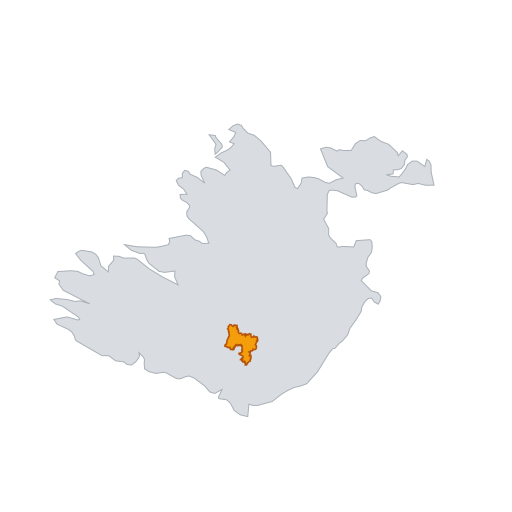 Castlecomer Lea-6, Kilkenny, Ireland shown in context, rotated 46°
{"feature_id": "5873133B64283034933999", "entity_name": "Castlecomer Lea-6", "entity_type": "district", "adm_level": 2, "iso_a3": "IRL", "parent_name": "Ireland", "parent_adm1": "Kilkenny", "projection": "mercator", "projection_center": [-7.296, 52.74], "detail": "fine", "context": "in_parent", "style": "filled", "palette": "amber", "viewbox_px": 512, "rotation_deg": 46, "n_neighbors": 0, "source": "geoboundaries", "source_scale": "gbopen_adm2", "svg_char_len": 9094}
<svg xmlns="http://www.w3.org/2000/svg" viewBox="0 0 512 512"><g transform="rotate(46 256 256)"><path d="M313.7,93.5L304.5,100.1L303.0,102.6L300.4,112.5L300.1,115.4L294.4,126.4L291.1,128.6L286.2,130.4L283.5,132.2L280.0,131.3L275.6,131.5L273.4,133.4L273.5,134.9L274.8,136.7L282.9,141.7L282.5,143.8L280.2,146.2L265.6,152.1L261.2,155.7L259.7,158.0L261.3,162.0L272.9,173.7L274.9,175.0L276.6,181.8L286.9,184.7L291.1,189.0L294.7,190.0L302.6,189.6L305.7,191.2L307.5,190.0L308.6,187.7L317.4,179.4L314.6,173.2L323.5,162.6L326.0,162.7L330.2,166.0L333.6,170.5L334.7,176.5L337.9,181.9L340.0,183.8L345.7,184.9L347.0,187.0L346.0,194.8L346.8,197.4L361.2,197.2L367.0,193.8L372.0,194.4L374.5,197.9L375.6,201.5L371.3,202.9L366.8,202.1L364.6,204.5L364.4,209.1L366.0,214.9L369.0,219.0L371.4,228.4L373.3,238.7L376.4,244.9L377.1,252.6L376.6,256.4L377.2,263.2L375.9,265.6L376.8,271.9L382.1,292.4L383.1,308.3L380.5,314.2L377.1,319.8L374.8,326.5L373.1,333.7L372.0,345.2L364.6,358.7L361.4,362.0L357.7,364.1L365.8,373.5L359.2,377.7L352.0,379.0L344.1,376.7L339.1,377.0L332.8,381.8L331.4,380.9L328.4,373.2L326.2,381.2L321.7,383.7L313.8,383.2L300.7,385.3L295.7,387.6L293.6,391.1L292.1,395.2L290.0,397.6L287.7,398.8L277.6,401.8L275.6,403.0L270.9,409.6L264.8,413.4L259.7,414.5L255.2,410.7L253.3,408.4L251.3,407.3L244.3,407.4L246.5,408.6L247.9,411.3L248.6,416.5L247.8,421.5L244.4,424.1L240.3,424.6L233.9,429.8L225.4,431.2L220.8,436.0L192.6,444.1L191.0,444.2L187.1,442.2L182.9,441.3L178.7,441.9L166.9,446.4L161.2,445.5L168.5,434.3L178.3,428.6L179.3,427.0L176.1,426.2L157.5,430.2L151.1,433.6L144.6,434.5L147.6,429.4L155.9,422.3L163.1,417.7L166.2,413.5L175.0,408.8L146.7,418.5L139.3,417.3L137.5,414.6L131.8,415.9L129.6,409.3L138.1,399.3L143.1,395.0L149.1,392.7L154.8,389.4L156.9,385.3L154.2,384.0L137.1,385.0L128.9,384.1L129.3,380.9L130.9,377.3L139.3,371.1L143.9,370.1L148.0,370.7L155.3,374.4L164.9,373.2L160.9,369.2L160.2,361.2L157.1,358.5L161.0,354.8L165.6,352.6L173.1,344.8L175.7,343.7L190.6,341.8L206.6,337.7L222.5,332.1L214.4,329.0L210.5,324.8L204.2,333.2L199.7,336.4L186.9,338.1L182.9,337.2L177.2,334.6L175.4,335.6L173.8,337.6L165.4,341.7L156.5,342.7L166.8,335.1L179.9,322.3L182.8,318.3L187.0,311.2L185.7,308.1L183.0,306.3L192.5,291.7L195.8,289.1L201.9,288.7L206.3,286.4L208.3,286.3L210.1,285.5L214.0,281.1L207.9,278.3L201.7,276.9L182.5,278.4L179.9,278.1L177.6,276.7L176.0,274.8L174.8,269.8L173.4,268.7L169.1,268.7L164.8,270.2L161.8,270.1L158.9,267.9L163.6,262.8L157.5,261.6L151.4,262.6L146.3,261.0L146.2,257.8L148.5,254.6L145.4,251.6L144.8,247.8L148.0,245.9L151.6,246.5L158.7,243.6L167.9,242.3L160.0,239.5L156.9,237.0L156.7,233.4L157.4,230.2L166.5,224.8L176.2,222.5L175.5,219.0L176.2,215.1L166.3,214.0L156.6,216.7L157.7,209.4L160.0,202.8L160.5,198.5L160.0,193.8L155.5,195.8L154.9,189.2L153.0,184.7L146.2,187.8L146.4,181.8L148.3,177.6L151.9,175.8L155.4,176.6L161.9,176.5L168.1,173.4L177.1,172.5L191.5,173.5L201.4,182.4L204.0,180.8L207.9,175.2L209.8,174.6L224.7,177.0L233.9,180.3L236.4,179.3L235.0,173.0L231.9,168.7L235.9,163.0L240.7,159.2L244.0,157.3L251.5,154.9L254.7,152.6L256.9,145.3L260.4,139.2L241.6,142.4L223.7,135.2L226.5,130.0L230.3,127.1L236.8,124.9L237.4,122.2L240.7,120.0L246.2,114.1L244.2,106.4L245.3,100.8L249.2,97.2L250.4,91.9L252.2,88.0L260.1,86.6L267.8,83.0L279.6,82.5L282.7,84.0L282.0,77.6L287.6,76.8L289.7,78.0L290.7,82.6L293.2,85.4L294.0,90.5L292.3,94.3L289.5,97.3L292.1,100.4L288.1,105.8L292.4,103.5L298.6,98.1L298.2,93.7L297.2,88.2L295.5,83.2L296.3,77.6L299.7,74.2L308.9,72.4L305.1,66.1L308.4,65.6L312.1,66.9L317.4,71.8L328.7,78.7L323.1,84.7L316.4,89.0L313.7,93.5ZM154.7,211.8L154.4,214.7L150.1,211.1L148.0,207.2L136.2,205.5L141.1,201.6L143.5,202.7L151.8,202.9L154.2,204.5L154.7,211.8Z" fill="#d9dde1" stroke="#a8b0b8" stroke-width="1"/><path d="M287.4,324.8L288.3,325.7L288.8,326.8L288.7,326.9L288.7,327.1L289.9,326.9L290.6,327.7L290.8,327.8L291.0,328.1L291.3,328.3L291.8,328.2L291.8,328.5L292.2,328.9L292.6,329.1L292.8,328.9L293.2,329.3L293.7,329.6L293.8,329.9L294.2,329.9L294.5,330.1L294.6,330.3L294.6,330.6L294.9,330.8L295.1,331.0L295.3,331.8L295.1,332.0L295.5,332.7L295.7,332.8L295.7,333.2L296.1,333.8L296.2,334.1L296.1,334.5L296.6,335.2L296.7,335.7L297.1,336.1L297.2,336.4L297.3,336.5L297.9,337.1L298.0,337.3L298.3,337.5L298.6,337.9L298.5,338.0L298.7,338.3L298.8,338.4L298.7,338.6L298.8,338.7L298.7,339.0L298.4,339.4L298.4,339.7L298.5,340.0L298.7,340.5L299.4,341.1L299.9,340.7L300.0,340.6L299.9,340.5L299.9,340.4L300.0,340.3L300.8,340.2L301.1,339.9L301.5,339.9L301.9,340.1L302.3,339.9L302.5,339.5L302.8,339.3L302.8,339.1L303.0,338.9L303.1,339.0L303.0,338.8L303.4,338.4L303.5,338.2L304.0,338.3L304.1,338.6L304.4,338.9L304.6,339.0L305.0,338.9L305.2,339.2L305.5,339.3L305.9,338.6L306.4,338.3L306.7,338.4L306.9,338.3L306.9,338.1L307.1,338.0L306.8,337.7L307.1,337.5L307.4,337.0L307.8,336.9L307.9,336.7L307.8,336.4L307.5,336.5L307.3,336.2L306.4,336.2L306.3,335.9L306.5,335.7L306.3,335.5L306.2,335.3L306.6,335.1L306.3,334.8L306.3,334.6L306.5,334.6L306.4,334.2L306.8,334.0L306.6,333.8L306.3,333.2L305.9,333.0L305.9,332.8L306.2,332.9L306.1,332.1L305.9,331.9L305.9,331.7L306.5,331.7L306.8,331.4L307.0,331.4L307.0,331.6L307.5,331.9L307.6,331.5L307.6,331.2L308.1,331.2L308.2,330.8L308.2,330.6L308.3,330.5L308.2,330.5L308.4,330.3L308.6,330.0L308.8,330.0L309.0,329.9L308.9,329.5L308.5,329.5L308.9,329.2L308.9,328.9L309.3,329.0L309.5,328.5L310.1,329.2L310.3,329.2L310.2,328.4L310.9,328.2L311.1,328.3L311.3,328.7L311.5,328.9L311.5,329.0L311.6,329.3L312.1,329.5L312.3,329.9L312.9,330.2L313.2,330.0L313.5,330.3L313.5,330.5L313.5,331.2L313.7,331.3L313.8,331.5L314.1,332.1L314.3,332.1L314.5,331.9L315.4,332.1L315.3,332.3L315.4,333.0L315.2,334.3L315.1,334.2L315.0,334.3L315.1,334.5L314.9,334.9L314.6,335.2L314.4,335.3L314.4,335.5L314.2,335.9L314.3,336.0L314.7,336.1L314.8,336.3L315.1,336.2L315.9,336.0L315.9,335.9L316.4,335.8L316.8,335.4L317.2,335.3L317.3,335.3L317.2,335.5L317.8,335.2L318.7,335.1L319.2,335.3L319.7,335.3L319.7,335.7L320.2,336.4L320.3,336.6L320.6,336.9L320.5,337.0L320.8,337.3L320.3,337.3L319.9,337.4L319.6,337.3L319.6,337.6L319.6,337.8L319.9,338.0L319.9,338.3L319.9,338.9L320.6,338.3L320.9,338.8L321.4,338.5L321.6,338.9L321.9,338.6L323.0,339.1L323.5,338.8L323.4,338.5L323.6,338.0L323.5,337.6L323.6,337.3L323.8,337.2L324.3,337.3L324.7,337.9L325.1,337.8L325.3,338.4L325.2,338.4L325.3,338.5L325.5,338.5L325.7,338.3L326.0,338.2L326.5,338.4L326.6,338.6L326.8,338.8L326.9,339.2L327.0,339.1L327.3,339.1L327.4,338.8L327.4,338.6L327.7,338.5L327.3,337.9L327.3,337.7L327.5,337.5L327.6,337.2L327.1,336.9L326.9,336.5L327.0,336.0L327.3,335.6L327.2,335.2L327.1,334.0L327.2,333.7L327.6,333.1L327.2,332.9L326.8,332.7L326.6,332.2L326.1,331.6L326.4,331.2L326.1,331.0L326.2,330.8L325.7,330.4L325.4,329.8L325.0,329.6L324.8,329.3L324.3,329.2L324.0,328.7L323.6,329.1L323.5,329.3L323.5,329.7L323.4,329.9L323.1,329.1L322.6,329.4L322.4,329.1L322.3,328.8L321.8,327.6L320.1,327.7L320.3,327.1L320.6,327.0L320.9,327.1L321.2,326.9L321.1,326.5L320.7,326.4L320.5,325.7L321.6,324.7L321.5,324.2L321.7,323.4L321.4,322.9L321.1,322.8L321.6,322.5L321.8,322.3L322.0,322.1L322.5,321.9L322.6,321.6L322.9,321.1L322.8,320.6L322.4,319.7L322.3,319.3L322.0,319.0L321.6,319.0L321.2,318.8L321.0,318.5L321.1,318.4L320.7,317.9L319.4,318.2L319.3,317.7L318.9,316.9L318.9,316.6L318.5,316.0L318.2,315.8L318.2,315.7L318.2,315.4L318.4,315.1L318.3,314.8L318.4,314.1L318.3,313.9L317.8,313.5L317.8,313.2L317.7,313.1L317.4,313.4L317.3,313.5L317.1,313.7L316.9,313.0L316.9,312.6L316.4,312.4L316.2,312.5L316.1,312.4L316.1,312.1L315.9,311.9L315.7,311.8L315.7,311.7L315.4,311.5L315.0,311.5L314.5,311.8L314.4,312.1L314.1,312.3L314.1,312.6L313.6,313.1L313.3,313.0L312.0,313.0L312.1,313.5L312.3,313.8L312.2,314.1L312.3,314.5L312.1,314.5L311.3,315.8L310.9,315.5L310.3,315.3L309.0,314.4L308.8,314.6L308.5,314.3L308.5,314.1L308.3,314.2L308.0,314.4L307.8,314.6L307.5,314.5L307.4,314.7L307.4,314.9L307.2,315.5L306.9,315.8L306.8,316.0L306.7,316.2L306.8,316.3L306.6,316.3L306.5,316.5L306.4,316.7L306.3,316.8L306.5,317.2L306.3,317.3L306.4,317.7L306.2,317.9L306.3,318.0L306.2,318.4L306.0,318.5L306.1,318.9L306.1,319.2L306.2,319.3L305.7,319.3L305.5,319.2L305.4,318.6L305.5,318.2L305.4,317.8L305.2,317.6L304.9,317.5L304.5,317.7L304.4,318.2L304.2,318.4L304.1,318.5L303.9,318.6L303.7,319.0L303.7,319.4L303.6,319.7L303.7,319.9L303.6,320.1L303.2,320.9L302.9,320.7L301.9,320.4L301.6,320.1L301.3,320.3L300.8,320.9L300.4,321.0L300.4,321.5L300.3,321.8L300.1,321.7L298.7,321.9L298.1,321.3L297.9,320.8L297.5,320.6L297.6,320.4L297.2,320.3L296.9,320.5L296.3,320.5L296.3,320.4L296.2,320.3L296.4,319.9L295.9,319.7L295.6,319.4L295.3,319.4L295.3,319.5L295.3,319.9L295.3,320.2L294.5,319.7L294.3,319.9L294.2,319.8L293.8,319.7L294.0,319.1L293.8,319.0L293.8,318.9L293.7,318.9L293.7,318.7L293.4,318.4L293.2,318.4L293.0,318.1L292.7,317.8L292.5,318.0L292.5,318.3L292.4,318.4L291.8,318.9L291.5,319.0L291.4,319.3L291.1,319.5L291.0,319.8L290.7,319.5L290.5,320.2L290.7,320.4L290.7,320.8L290.6,321.2L290.8,321.3L290.8,321.5L290.0,321.5L289.4,321.7L288.7,321.5L288.4,321.5L287.8,322.1L287.2,322.3L287.3,322.7L287.5,324.3L287.4,324.4L287.4,324.8Z" fill="#f59e0b" stroke="#b45309" stroke-width="1.5"/></g></svg>